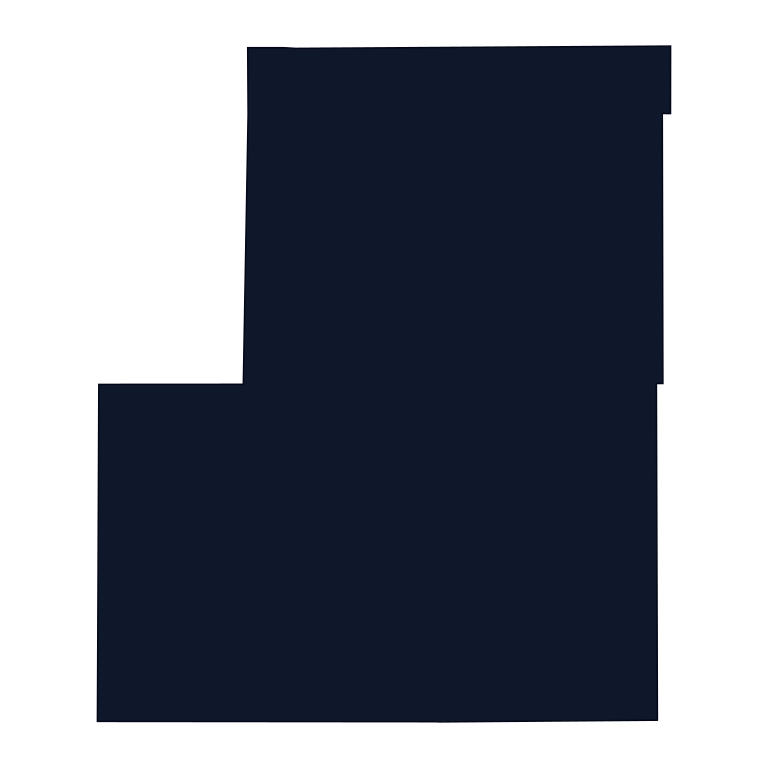 Washington, Colorado, United States of America
{"feature_id": "52423323B54769697673955", "entity_name": "Washington", "entity_type": "district", "adm_level": 2, "iso_a3": "USA", "parent_name": "United States of America", "parent_adm1": "Colorado", "projection": "natural_earth1", "projection_center": [-103.241, 40.002], "detail": "fine", "context": "isolated", "style": "filled", "palette": "ink", "viewbox_px": 768, "rotation_deg": 0, "n_neighbors": 0, "source": "geoboundaries", "source_scale": "gbopen_adm2", "svg_char_len": 328}
<svg xmlns="http://www.w3.org/2000/svg" viewBox="0 0 768 768"><path d="M98.0,586.9L97.4,721.4L435.3,721.7L439.8,721.9L657.4,720.2L656.4,383.5L662.9,383.5L662.3,113.5L670.5,113.6L670.6,46.1L296.0,48.4L283.7,47.7L247.7,47.7L248.1,114.6L243.3,384.3L98.8,384.4L98.0,586.9Z" fill="#0f172a" stroke="#020617" stroke-width="1.5"/></svg>